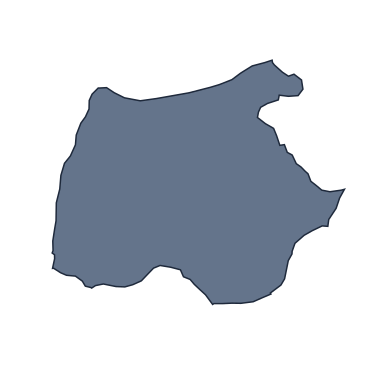 the district of Troulloi, Larnaca, Cyprus, rotated 170°
{"feature_id": "46923920B28470702945457", "entity_name": "Troulloi", "entity_type": "district", "adm_level": 2, "iso_a3": "CYP", "parent_name": "Cyprus", "parent_adm1": "Larnaca", "projection": "robinson", "projection_center": [33.619, 35.026], "detail": "fine", "context": "isolated", "style": "filled", "palette": "slate", "viewbox_px": 384, "rotation_deg": 170, "n_neighbors": 0, "source": "geoboundaries", "source_scale": "gbopen_adm2", "svg_char_len": 1582}
<svg xmlns="http://www.w3.org/2000/svg" viewBox="0 0 384 384"><g transform="rotate(170 192 192)"><path d="M90.2,307.9L97.9,306.8L110.8,305.7L119.1,302.4L123.5,300.6L133.2,295.7L146.5,293.0L155.8,291.9L177.9,290.2L192.8,290.2L210.8,290.2L227.1,290.8L242.2,296.5L251.4,303.3L258.0,309.6L265.4,310.5L266.3,310.7L273.4,305.7L277.3,300.0L279.0,291.6L283.9,284.5L289.5,279.1L296.1,268.2L298.6,258.7L305.5,248.6L312.6,242.4L318.2,231.2L320.0,224.4L321.7,217.9L327.5,204.9L330.9,187.2L333.7,179.4L337.6,167.9L339.0,158.5L340.3,156.2L338.3,154.1L338.9,150.1L342.4,141.5L342.6,141.0L342.3,141.0L341.5,140.9L335.4,135.3L330.1,131.8L321.4,129.4L315.5,123.3L313.4,117.8L308.2,115.5L307.5,114.8L303.3,116.6L295.3,116.8L283.3,112.1L274.6,110.2L266.4,111.0L257.3,113.3L250.8,118.1L243.1,123.7L236.2,125.2L226.0,121.6L216.9,117.4L215.1,110.0L209.0,106.2L205.8,100.7L201.1,94.4L196.5,88.4L193.4,82.1L191.2,77.7L189.9,78.3L181.3,76.8L172.0,75.6L163.2,73.9L150.8,73.3L141.5,75.6L132.0,77.8L132.4,78.9L120.6,84.9L115.9,90.4L109.1,107.7L104.3,113.6L103.7,116.2L99.5,123.6L89.1,129.9L80.4,133.0L69.7,136.0L64.2,134.6L62.1,141.2L52.9,150.9L47.7,160.4L41.4,168.2L44.7,167.9L56.1,168.3L63.9,171.3L68.6,176.9L73.1,181.9L74.6,189.8L76.9,192.7L80.3,197.7L84.4,201.8L86.9,211.0L91.3,214.5L92.8,222.6L97.4,222.7L98.9,232.7L100.6,240.5L107.9,246.6L114.6,254.0L112.7,259.1L109.7,263.5L102.3,266.1L91.0,267.7L89.3,272.2L80.4,269.5L70.8,268.5L64.9,274.0L64.7,283.3L71.1,290.3L76.9,289.3L82.1,294.2L86.2,299.4L88.9,302.9L90.3,305.6L90.2,306.9L90.2,307.9Z" fill="#64748b" stroke="#1e293b" stroke-width="1.5"/></g></svg>